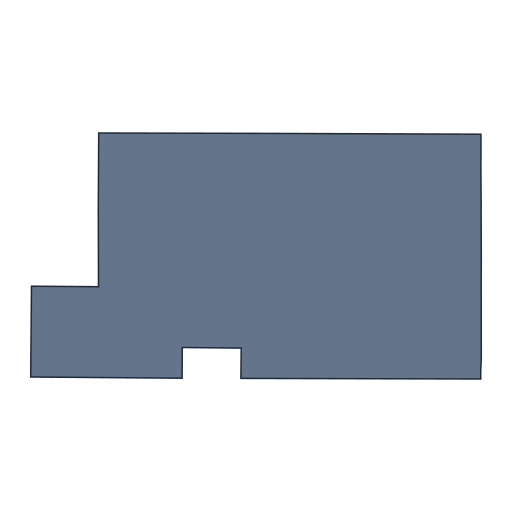 Mahoning, Ohio, United States of America
{"feature_id": "52423323B65372362934971", "entity_name": "Mahoning", "entity_type": "district", "adm_level": 2, "iso_a3": "USA", "parent_name": "United States of America", "parent_adm1": "Ohio", "projection": "orthographic", "projection_center": [-80.66, 41.017], "detail": "fine", "context": "isolated", "style": "filled", "palette": "slate", "viewbox_px": 512, "rotation_deg": 0, "n_neighbors": 0, "source": "geoboundaries", "source_scale": "gbopen_adm2", "svg_char_len": 510}
<svg xmlns="http://www.w3.org/2000/svg" viewBox="0 0 512 512"><path d="M31.5,286.2L30.7,377.0L182.1,378.2L182.3,347.5L241.2,348.1L240.9,378.4L480.8,379.0L480.8,378.6L480.7,376.8L480.7,372.4L481.3,357.3L481.2,287.6L481.2,279.1L481.3,258.2L481.1,209.7L481.2,199.8L481.1,198.9L481.1,195.6L481.0,188.1L481.0,179.1L480.9,168.5L480.9,163.7L481.0,152.6L481.0,143.0L481.0,142.9L480.9,134.3L480.9,134.2L267.0,133.4L98.7,133.0L98.3,208.7L98.5,286.7L31.5,286.2Z" fill="#64748b" stroke="#1e293b" stroke-width="1.5"/></svg>